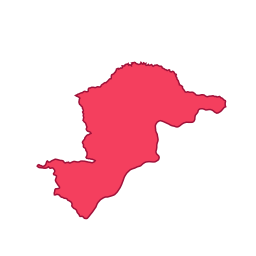 outline of Morada Nova de Minas, Minas Gerais, Brazil, rotated 59°
{"feature_id": "56859067B74316667672394", "entity_name": "Morada Nova de Minas", "entity_type": "district", "adm_level": 2, "iso_a3": "BRA", "parent_name": "Brazil", "parent_adm1": "Minas Gerais", "projection": "natural_earth1", "projection_center": [-45.395, -18.563], "detail": "fine", "context": "isolated", "style": "filled", "palette": "rose", "viewbox_px": 256, "rotation_deg": 59, "n_neighbors": 0, "source": "geoboundaries", "source_scale": "gbopen_adm2", "svg_char_len": 5852}
<svg xmlns="http://www.w3.org/2000/svg" viewBox="0 0 256 256"><g transform="rotate(59 128 128)"><path d="M179.1,214.6L179.6,213.8L179.9,213.0L180.5,212.5L181.5,212.1L182.9,211.9L183.7,211.0L184.3,210.1L184.4,209.3L183.4,206.3L183.0,205.4L181.6,201.6L179.8,197.6L179.3,196.4L177.1,193.5L176.3,191.9L175.3,188.7L175.2,187.9L175.2,184.8L175.4,183.5L175.6,182.7L176.6,181.1L177.7,177.0L178.1,174.9L178.2,173.8L177.5,170.9L177.2,170.0L175.1,165.6L173.2,162.7L170.2,158.9L168.5,156.9L167.9,156.0L167.2,154.8L166.1,152.5L165.8,151.6L165.0,148.0L165.0,146.9L165.3,145.0L165.5,144.1L165.8,142.8L166.1,139.9L166.7,137.8L166.9,136.6L166.3,133.7L166.2,131.3L166.4,130.1L166.9,128.9L167.7,127.2L170.0,124.0L170.6,123.0L171.0,121.8L171.0,119.1L170.8,118.1L170.2,117.3L169.5,116.6L168.6,116.2L167.6,116.1L165.1,116.8L163.3,116.6L162.6,116.2L162.0,115.7L161.4,115.0L160.9,114.5L159.4,113.3L157.7,112.3L156.9,111.7L155.6,110.4L154.9,109.5L154.1,108.7L153.2,108.1L151.2,107.3L150.3,107.0L148.4,106.2L145.9,106.0L145.1,105.8L144.3,105.6L143.4,105.0L142.6,104.7L140.1,103.4L139.1,102.2L138.0,99.9L138.0,97.5L138.4,96.4L139.8,95.1L141.1,94.1L144.5,91.8L145.4,91.1L146.8,90.4L148.1,89.6L149.6,88.2L150.2,87.4L151.2,86.7L152.1,85.8L152.6,84.9L152.8,84.1L152.8,82.9L152.7,81.7L152.5,80.6L152.4,79.2L152.4,77.7L152.7,76.5L153.0,75.2L155.1,71.9L156.1,70.1L156.3,69.3L156.2,68.3L155.9,67.5L155.0,66.3L153.5,65.3L151.9,63.9L151.6,63.2L151.0,61.5L150.6,60.5L150.1,59.7L149.2,58.9L148.7,57.8L148.7,56.5L149.6,54.6L150.1,54.0L150.9,53.2L152.5,52.1L153.0,51.2L153.9,49.0L154.8,47.6L156.1,46.6L157.5,45.9L158.2,45.8L159.2,45.4L161.0,44.3L161.5,42.9L161.5,40.9L161.5,40.1L161.2,38.8L159.9,34.9L160.1,33.3L158.6,33.0L156.6,31.8L155.6,30.8L154.7,30.5L153.7,31.2L152.9,31.4L151.1,31.9L150.4,32.3L149.7,33.0L148.9,33.0L148.1,33.3L147.6,35.0L147.1,35.9L146.2,36.3L145.8,37.3L145.3,37.8L144.6,38.1L144.0,38.9L143.6,39.9L143.2,40.8L142.6,41.9L142.1,43.8L141.6,44.4L140.8,45.0L139.9,45.4L138.9,45.8L138.0,46.8L137.4,47.8L136.6,50.3L135.2,52.3L134.5,52.7L132.7,53.1L131.9,53.5L131.1,53.8L130.3,54.6L129.4,56.4L128.9,57.1L128.2,57.6L127.6,58.3L127.4,59.6L126.5,60.4L123.8,60.5L122.9,60.7L121.8,60.7L120.6,60.0L119.7,60.3L118.1,61.1L117.4,61.7L116.4,61.2L115.2,61.1L113.5,60.6L111.4,60.8L109.8,60.2L108.7,60.4L107.7,60.2L107.4,59.2L106.7,59.1L105.8,59.9L104.8,59.9L103.9,59.8L102.9,60.1L102.3,60.7L102.3,61.9L101.5,62.7L100.6,62.8L99.6,62.5L99.1,63.4L99.1,64.4L98.6,65.1L97.6,65.4L96.8,66.3L95.9,66.5L95.2,66.9L94.2,67.7L93.0,67.4L92.0,67.8L91.5,69.0L89.7,70.2L88.8,70.6L88.6,71.8L88.0,72.5L88.1,74.7L87.0,75.0L85.8,75.1L85.6,76.3L85.4,77.4L84.9,77.9L84.0,77.8L84.2,79.0L83.7,80.2L82.7,80.2L81.9,79.5L81.8,80.6L81.0,80.6L80.2,81.1L81.0,81.9L80.6,82.8L79.4,82.9L78.5,83.1L79.5,84.3L79.2,85.7L78.8,86.5L78.0,86.9L77.4,87.5L76.7,88.0L75.9,88.0L75.1,88.6L74.9,89.5L74.5,90.2L74.2,91.3L75.2,91.1L75.3,92.4L76.4,93.0L74.6,94.0L74.7,95.0L73.7,95.1L72.9,94.7L73.0,95.7L72.4,96.7L72.3,98.0L73.0,98.8L72.6,99.8L71.7,101.0L72.6,101.3L73.3,101.6L73.5,102.5L72.7,103.5L72.8,104.8L72.7,105.6L71.9,105.6L71.6,106.5L71.6,107.6L72.7,108.4L73.0,109.6L73.7,110.1L73.7,111.2L74.2,112.0L74.0,114.6L74.7,115.4L75.7,116.1L76.4,116.5L77.0,117.2L76.5,118.4L76.9,119.9L77.4,121.3L77.6,122.5L77.9,123.5L77.3,124.2L77.2,125.4L77.4,126.9L77.4,127.9L77.6,128.8L78.2,129.7L78.5,130.5L78.2,131.3L77.0,132.8L76.8,133.6L76.7,134.8L76.4,135.5L75.5,136.4L74.8,137.5L74.3,138.4L74.3,139.7L73.7,140.7L74.0,141.7L74.6,142.3L75.4,142.7L76.1,143.4L75.8,144.5L75.4,145.2L74.6,145.8L74.1,146.5L74.0,147.7L74.3,148.8L73.9,149.7L73.7,150.4L73.5,152.7L73.2,153.6L73.3,154.5L73.1,156.2L74.2,155.7L75.0,155.0L76.8,154.0L77.6,153.9L78.2,154.8L79.0,155.4L80.1,156.4L81.0,156.9L82.8,157.3L83.9,156.8L85.0,156.8L85.9,156.4L86.8,156.4L87.6,156.9L88.4,156.9L90.0,157.2L90.6,157.7L90.8,158.6L91.7,158.9L92.6,158.6L93.6,159.3L94.2,160.0L96.4,160.6L97.0,161.4L97.7,161.9L98.2,162.6L100.6,162.3L101.5,161.9L102.3,161.9L103.0,162.1L103.7,162.1L104.6,162.5L105.5,162.5L106.4,163.0L107.0,164.0L107.8,164.5L109.0,164.5L110.0,164.2L111.4,163.0L112.5,162.4L113.6,162.5L113.4,163.5L113.5,165.3L113.1,166.1L113.1,166.9L113.3,167.8L113.7,168.7L114.0,169.7L114.5,170.3L115.1,170.8L115.8,172.7L116.3,173.9L117.1,174.6L119.3,174.7L120.9,175.8L121.7,175.9L123.3,175.1L124.4,175.2L125.4,175.6L127.5,175.6L129.2,176.4L130.5,177.4L131.5,179.1L132.7,179.0L133.4,178.1L134.0,177.7L134.3,176.9L135.5,175.9L136.5,174.6L137.5,173.9L139.0,172.9L139.5,174.0L139.5,175.4L139.4,176.5L138.6,177.5L137.8,178.2L137.2,179.1L134.1,182.3L132.5,184.7L132.1,185.4L131.8,187.5L131.2,188.7L130.6,189.5L129.5,190.6L128.8,191.5L128.5,192.8L128.2,195.5L127.7,196.4L126.7,196.5L126.4,197.5L125.9,198.4L125.7,199.7L124.9,200.3L122.7,200.6L121.7,201.5L121.1,202.5L118.6,204.9L117.4,206.2L117.1,207.2L117.1,208.0L116.8,210.2L116.9,212.0L116.8,212.8L116.2,213.7L114.8,214.0L114.8,214.8L116.6,216.9L117.0,217.6L117.3,218.4L117.4,219.6L117.1,220.9L115.5,221.8L115.1,222.5L114.3,222.8L113.5,223.3L113.4,224.7L114.0,225.5L115.4,225.0L116.2,224.5L118.5,221.4L119.1,220.8L120.0,219.3L120.3,218.4L120.4,217.4L120.3,216.1L122.1,215.7L122.7,215.0L122.9,214.1L123.4,213.1L124.5,212.8L126.1,212.6L126.9,212.8L127.7,213.3L128.9,215.5L129.8,215.6L131.2,214.4L132.2,214.0L133.3,214.7L134.9,216.7L135.8,217.3L137.4,217.5L138.3,217.4L140.6,217.4L142.5,217.1L143.4,217.1L144.1,217.6L144.0,218.9L143.4,220.2L142.9,221.2L143.1,222.2L143.8,222.9L144.5,223.4L145.7,224.7L146.6,225.2L147.4,225.5L148.0,224.5L148.2,223.2L148.9,222.3L150.3,221.3L151.1,221.3L152.1,221.1L153.2,220.5L153.7,219.8L155.3,218.9L156.5,217.4L157.4,216.8L158.5,216.8L159.2,216.6L159.8,216.0L161.9,215.0L162.6,214.9L163.4,214.9L164.3,215.1L165.1,215.7L165.8,216.3L166.8,216.3L168.3,216.0L169.1,215.8L169.9,215.2L170.8,214.8L171.9,214.5L174.4,215.0L177.3,214.5L178.2,214.8L179.1,214.6Z" fill="#f43f5e" stroke="#9f1239" stroke-width="1.5"/></g></svg>